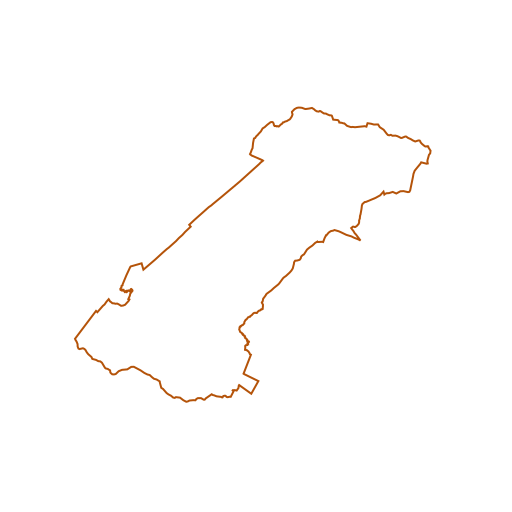 Boroaia, Suceava, Romania (Albers equal-area conic projection), rotated 164°
{"feature_id": "2599482B11697107699974", "entity_name": "Boroaia", "entity_type": "district", "adm_level": 2, "iso_a3": "ROU", "parent_name": "Romania", "parent_adm1": "Suceava", "projection": "albers", "projection_center": [26.298, 47.329], "detail": "fine", "context": "isolated", "style": "outline", "palette": "amber", "viewbox_px": 512, "rotation_deg": 164, "n_neighbors": 0, "source": "geoboundaries", "source_scale": "gbopen_adm2", "svg_char_len": 6095}
<svg xmlns="http://www.w3.org/2000/svg" viewBox="0 0 512 512"><g transform="rotate(164 256 256)"><path d="M380.0,280.0L385.9,273.2L391.4,266.3L392.3,265.1L392.4,264.6L393.5,264.3L394.1,262.8L394.7,262.5L395.0,261.8L395.5,261.7L395.6,260.8L394.3,259.6L394.1,259.6L393.8,260.2L393.6,260.4L392.6,260.0L392.7,258.9L392.3,258.4L392.1,257.6L391.7,257.7L391.4,258.2L390.9,258.2L390.9,257.4L390.7,256.9L390.2,256.9L389.9,257.1L390.0,257.9L389.7,258.2L389.0,257.9L388.3,258.1L387.2,256.8L386.8,256.7L386.8,257.6L386.6,257.8L386.2,257.7L385.9,258.3L385.4,258.7L385.0,258.7L384.3,257.6L384.3,256.6L387.2,254.5L388.3,252.5L390.6,249.8L389.7,249.1L390.9,247.9L395.3,245.2L397.4,245.0L399.4,245.3L401.3,247.4L402.5,248.5L404.5,248.9L405.1,249.4L407.1,250.2L408.0,251.6L408.9,252.7L409.1,253.8L409.5,255.1L412.3,253.3L415.0,251.1L416.9,250.3L424.0,245.7L424.9,247.3L452.8,226.3L452.6,224.9L452.1,223.3L451.8,220.6L452.4,218.1L452.2,216.0L451.4,215.2L447.8,215.0L446.6,214.0L445.8,212.6L445.2,210.0L444.3,207.8L442.0,204.3L441.7,202.2L438.4,200.2L436.6,198.4L434.7,197.6L433.5,195.9L432.0,190.2L431.4,189.3L429.6,188.3L428.7,187.2L427.8,186.3L428.1,184.3L427.9,183.6L426.8,181.9L425.2,181.3L423.4,181.2L419.8,183.1L416.2,183.5L411.0,182.5L406.5,183.8L404.0,183.2L398.5,177.9L395.6,174.4L393.0,172.0L391.0,170.9L389.4,168.2L387.9,166.1L385.6,164.7L383.1,162.0L383.3,160.9L383.4,155.4L382.0,153.8L379.7,148.9L378.3,147.1L376.2,145.1L374.7,142.8L373.2,142.0L371.9,142.4L368.1,140.8L365.6,137.4L363.2,135.1L361.6,135.0L359.8,135.4L356.0,134.7L354.0,134.0L352.7,135.0L351.0,135.4L348.0,134.5L346.0,132.4L345.4,132.1L344.8,132.1L343.5,133.0L336.7,135.3L335.9,134.3L334.8,133.7L332.6,132.0L328.4,130.2L327.6,129.4L327.2,129.3L326.0,130.4L324.4,130.3L324.0,130.1L323.5,129.5L323.2,128.7L322.5,128.2L321.2,128.0L320.1,128.0L319.1,127.6L314.7,132.3L315.5,133.2L315.3,133.4L313.3,132.9L311.7,132.0L309.3,133.9L308.2,136.3L307.8,136.6L298.5,124.9L288.2,135.1L299.9,145.7L300.4,146.3L288.1,162.5L288.9,163.3L289.0,164.4L289.6,166.4L290.7,167.7L290.8,168.1L292.4,168.8L292.3,169.3L291.7,170.4L291.2,172.5L290.5,173.0L288.8,172.8L288.5,173.7L288.1,173.9L288.1,174.1L288.3,174.2L288.3,174.6L288.0,174.8L287.7,174.4L287.6,174.9L287.2,174.9L287.0,175.2L286.9,175.1L286.4,175.4L286.4,175.7L286.5,175.9L286.9,176.1L287.2,176.5L287.5,176.4L287.8,176.6L287.6,176.9L287.6,177.1L287.8,177.3L287.6,177.7L287.8,177.9L287.6,178.2L288.1,179.1L288.9,179.9L289.0,180.2L288.7,180.7L289.1,181.3L288.8,181.8L289.1,182.1L289.0,182.5L289.6,182.9L289.8,183.8L290.4,183.9L290.5,184.3L290.3,184.9L290.8,185.2L290.9,186.1L291.4,186.5L292.2,187.5L292.2,188.7L292.4,190.0L291.7,191.2L291.5,191.9L291.1,192.0L291.0,192.3L290.3,192.4L290.2,192.9L289.8,193.0L289.2,192.9L288.7,193.3L287.4,193.4L286.7,194.0L285.9,194.3L285.5,195.6L283.8,197.3L283.4,197.6L283.0,197.5L282.4,197.8L280.4,199.3L279.6,199.2L279.0,199.5L278.4,199.3L277.9,199.8L276.4,200.3L274.5,201.5L273.5,201.8L272.4,201.7L271.9,201.3L270.9,201.0L270.6,201.1L269.7,202.0L269.2,202.1L268.3,202.6L267.2,202.5L266.2,203.2L265.5,203.3L265.4,203.0L264.2,203.2L263.2,205.8L262.7,207.3L263.3,209.6L263.0,210.0L262.5,210.1L262.1,210.6L260.8,213.1L260.0,213.6L257.3,215.7L257.0,216.2L256.0,216.8L250.8,218.7L247.7,220.3L242.5,222.5L241.3,223.2L236.1,227.2L234.9,227.8L232.8,228.5L228.2,230.8L226.0,232.2L224.1,233.9L221.7,238.0L221.3,239.1L220.6,240.0L219.6,240.7L217.8,240.3L215.3,240.3L214.7,240.5L213.5,241.6L213.0,242.6L212.4,243.2L210.8,244.0L209.5,244.3L209.0,244.7L205.2,248.1L202.5,249.3L198.9,250.5L195.5,252.3L193.2,252.9L193.2,252.6L192.7,252.4L188.4,251.4L187.6,250.9L185.2,254.2L183.0,256.6L182.7,256.4L179.8,258.4L178.5,258.9L177.0,259.3L174.9,259.1L173.4,259.3L169.7,257.0L167.9,255.5L163.3,251.4L158.8,248.5L156.8,246.6L153.1,243.8L151.3,242.1L154.0,249.2L154.8,250.6L155.5,253.3L156.2,254.9L156.8,256.6L154.8,257.5L154.1,257.3L153.1,256.6L152.5,256.5L150.6,257.2L148.6,258.5L148.0,259.2L147.4,260.4L147.2,261.5L145.6,263.9L145.4,264.9L145.0,265.5L144.8,266.2L144.1,267.1L141.6,272.2L140.3,275.3L139.4,276.6L136.7,277.9L135.3,277.7L125.1,278.9L119.9,280.1L115.7,282.7L115.7,279.7L114.6,280.2L113.0,280.3L110.9,279.8L106.9,279.9L103.9,277.4L99.4,278.4L96.3,277.7L92.3,275.5L90.9,275.4L89.7,276.6L83.2,289.0L82.0,291.5L80.0,294.2L77.9,295.7L72.4,299.5L71.4,300.5L66.6,297.7L65.4,297.6L65.2,299.7L64.7,300.9L61.8,305.6L60.3,306.6L59.2,309.1L60.6,313.7L59.8,313.3L60.5,314.2L62.6,314.4L63.5,315.0L65.5,317.9L66.2,319.3L66.5,320.0L66.5,321.0L66.9,321.9L68.1,322.3L71.4,322.2L73.3,323.8L75.1,325.8L77.2,327.5L78.7,329.4L79.1,329.6L80.0,329.7L83.3,329.3L84.1,329.5L86.2,331.5L87.3,332.4L88.8,333.3L91.7,334.0L93.0,335.3L94.7,335.3L95.9,336.0L96.7,337.6L98.5,342.2L101.5,345.7L102.4,348.8L106.5,349.9L108.9,351.4L112.2,352.9L114.2,349.9L115.7,350.8L125.3,352.5L127.7,353.5L128.4,353.5L129.5,353.9L132.6,356.0L134.5,359.1L135.2,359.3L137.2,360.6L137.8,360.7L138.4,361.2L139.1,361.3L139.3,363.1L139.5,363.6L139.9,364.1L144.2,365.8L144.4,369.8L144.6,370.2L145.1,370.5L146.4,370.9L148.4,372.5L149.5,373.6L151.4,374.3L152.5,375.5L154.1,377.5L154.7,377.8L155.9,377.5L157.8,378.4L159.1,379.9L159.7,381.0L161.4,382.9L164.4,383.1L167.8,383.6L168.6,384.0L171.0,385.8L173.0,386.6L174.4,387.0L176.2,387.1L177.6,386.7L178.4,386.6L181.7,384.7L181.9,383.7L181.8,383.0L181.9,381.9L183.2,380.2L185.3,378.4L186.0,378.0L187.8,377.6L189.1,377.2L191.2,377.2L192.6,376.8L193.2,377.0L194.6,375.9L195.8,375.6L198.4,374.2L198.9,374.3L199.3,374.8L200.7,375.0L201.0,375.5L202.3,375.8L202.7,377.0L202.6,377.6L202.6,378.9L203.0,380.0L203.6,380.4L205.1,380.6L209.1,379.0L212.1,377.5L214.5,376.8L217.0,374.4L220.2,372.5L220.8,372.0L221.5,371.7L223.1,370.8L224.2,369.7L225.6,369.5L227.6,365.6L229.6,360.6L230.8,359.3L232.6,356.8L233.7,355.6L233.5,355.1L232.1,353.4L231.5,353.0L223.3,346.2L223.0,345.7L225.9,344.5L227.6,343.5L251.4,331.9L272.2,322.6L283.5,317.7L284.9,317.0L287.9,316.0L305.4,307.6L311.6,304.4L310.7,302.2L317.5,298.7L321.0,296.5L325.2,294.5L328.7,292.4L337.6,288.1L339.7,287.3L344.8,284.9L354.0,280.3L368.0,273.9L368.0,280.5L379.3,280.5L380.0,280.0Z" fill="none" stroke="#b45309" stroke-width="2"/></g></svg>